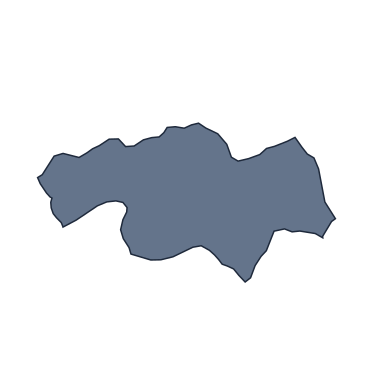 outline of Hsinchu, rotated 307°
{"feature_id": "TWN-1162", "entity_name": "Hsinchu", "entity_type": "County", "adm_level": 1, "iso_a3": "TWN", "parent_name": "Taiwan", "parent_adm1": "", "projection": "natural_earth1", "projection_center": [121.134, 24.693], "detail": "fine", "context": "isolated", "style": "filled", "palette": "slate", "viewbox_px": 384, "rotation_deg": 307, "n_neighbors": 0, "source": "natural_earth", "source_scale": "10m", "svg_char_len": 1189}
<svg xmlns="http://www.w3.org/2000/svg" viewBox="0 0 384 384"><g transform="rotate(307 192 192)"><path d="M86.4,110.1L86.5,110.0L88.9,106.0L89.9,99.3L91.2,94.2L94.6,89.1L98.8,85.4L102.9,83.8L102.6,81.7L103.6,76.5L107.3,65.8L110.6,60.0L115.7,62.0L137.7,60.3L145.2,65.8L151.6,81.0L159.7,84.4L166.7,86.6L173.3,90.1L184.3,94.0L190.1,101.3L188.3,111.6L193.9,118.1L204.4,121.8L211.2,127.1L216.2,132.6L222.4,133.8L228.6,133.3L234.1,139.4L238.3,147.4L245.3,151.2L250.9,155.8L251.4,164.7L254.0,177.5L251.0,191.1L243.5,202.5L244.4,210.2L252.7,217.1L262.7,223.6L271.6,225.3L278.1,230.4L289.9,237.6L297.6,241.4L293.9,252.9L291.7,261.2L292.6,268.9L286.6,279.2L264.0,304.1L257.0,322.6L252.4,321.2L235.3,323.0L234.1,324.0L233.0,315.4L225.7,301.6L220.4,295.9L218.2,288.1L210.1,281.1L189.8,286.7L182.2,285.9L171.2,286.7L158.7,290.4L152.1,288.6L153.6,279.7L155.6,271.5L154.1,264.6L152.5,259.5L154.1,253.9L155.3,247.9L155.9,241.0L154.6,231.7L148.4,225.9L128.8,215.8L119.1,207.9L112.9,200.0L105.7,180.6L109.7,175.2L113.4,165.2L118.9,157.7L128.3,153.5L136.7,151.9L140.5,149.5L142.1,143.1L139.1,136.6L132.8,129.9L124.1,124.8L99.8,116.4L86.4,110.1Z" fill="#64748b" stroke="#1e293b" stroke-width="1.5"/></g></svg>